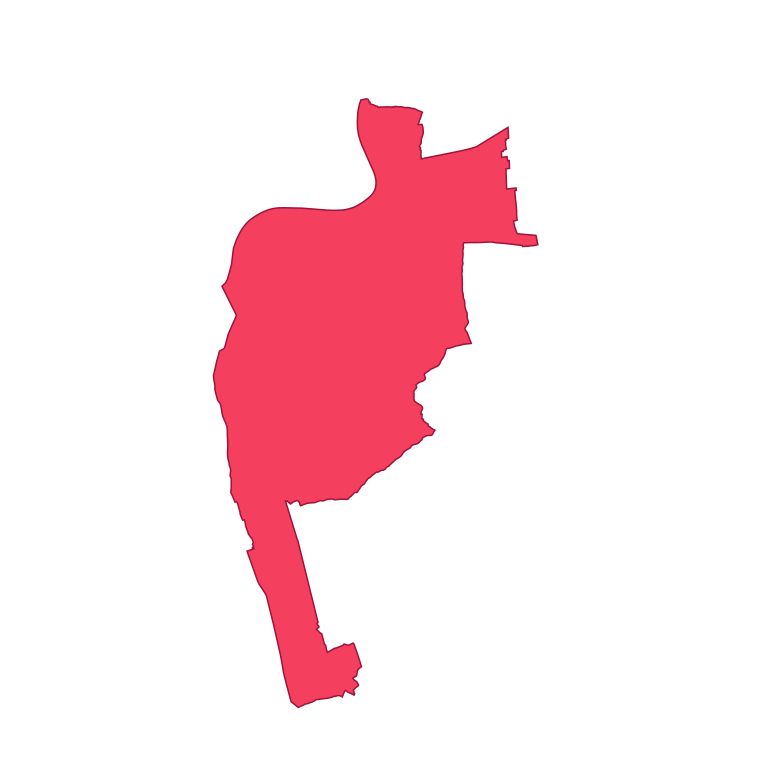 Mueang Samut Prakan, Samut Prakan, Thailand, rotated 63°
{"feature_id": "78962969B45511956766283", "entity_name": "Mueang Samut Prakan", "entity_type": "district", "adm_level": 2, "iso_a3": "THA", "parent_name": "Thailand", "parent_adm1": "Samut Prakan", "projection": "natural_earth1", "projection_center": [100.67, 13.577], "detail": "fine", "context": "isolated", "style": "filled", "palette": "rose", "viewbox_px": 768, "rotation_deg": 63, "n_neighbors": 0, "source": "geoboundaries", "source_scale": "gbopen_adm2", "svg_char_len": 6134}
<svg xmlns="http://www.w3.org/2000/svg" viewBox="0 0 768 768"><g transform="rotate(63 384 384)"><path d="M600.8,529.1L600.7,534.4L598.2,536.9L597.6,537.7L598.2,539.6L597.5,546.5L597.0,548.2L597.5,556.2L594.1,555.8L590.5,554.6L588.6,555.1L587.8,555.0L578.4,552.9L577.9,553.0L576.8,553.9L571.9,555.6L571.0,552.2L570.5,552.0L567.1,552.8L566.9,552.5L566.8,551.3L566.5,551.0L484.1,531.8L483.3,531.9L443.5,524.9L443.7,524.0L444.9,523.2L445.9,522.7L446.5,522.7L447.0,522.1L447.8,522.1L448.4,521.9L448.4,521.0L447.9,518.5L447.9,517.7L448.2,514.9L448.9,513.9L449.6,513.5L450.7,513.2L452.1,513.3L453.8,513.7L454.4,513.7L454.7,513.5L454.8,511.1L455.5,506.2L458.3,499.4L458.8,494.2L460.7,490.9L460.8,488.8L461.3,486.1L462.8,482.5L464.9,480.4L466.0,477.3L467.8,473.2L470.0,469.4L470.3,468.5L470.1,467.7L469.3,466.4L469.0,463.9L468.5,462.7L467.4,459.6L467.5,458.9L468.3,457.6L468.3,457.0L465.4,451.7L464.7,450.7L464.2,448.9L464.2,447.0L462.5,444.3L460.8,440.5L461.1,439.0L460.2,436.5L459.2,431.4L459.3,430.3L459.9,429.0L459.7,425.9L460.6,423.3L460.4,422.5L460.4,421.4L459.4,419.8L459.3,418.2L459.4,416.6L458.8,415.7L457.1,409.4L456.4,407.2L456.6,406.1L456.3,405.2L456.5,404.2L455.9,401.6L455.4,400.4L454.0,398.2L453.3,396.0L453.0,393.7L452.8,389.6L452.4,388.7L451.6,387.7L451.4,387.0L451.5,385.3L452.2,382.4L452.3,380.1L451.3,377.8L451.1,375.9L450.6,375.2L449.6,374.3L449.5,373.9L449.3,370.0L449.8,368.1L451.0,365.8L451.2,364.9L451.1,364.1L450.6,363.2L449.5,361.8L448.3,359.6L448.0,359.6L446.4,361.0L444.6,362.0L443.2,362.4L441.5,363.6L440.9,363.5L439.8,362.9L439.1,363.5L438.5,363.6L437.6,364.5L436.2,364.7L435.0,365.6L434.7,365.6L433.3,364.9L432.2,365.9L429.7,364.8L428.6,363.8L428.1,363.9L427.5,364.8L427.2,364.8L426.5,364.0L425.4,363.5L424.6,362.2L423.9,361.5L423.6,360.9L422.3,360.3L420.0,360.7L416.5,362.9L413.7,364.3L412.7,364.5L410.2,363.9L409.2,363.1L408.1,362.7L406.9,361.9L404.3,361.0L403.3,359.6L402.2,356.6L399.2,355.8L398.5,352.3L398.5,350.5L399.1,348.6L398.5,345.2L398.0,344.7L396.8,344.3L393.9,343.8L393.5,343.5L393.2,342.9L392.6,338.0L392.0,335.8L392.3,333.6L392.2,331.2L392.4,328.8L392.1,327.0L391.4,325.4L390.8,324.5L389.3,322.9L387.3,319.2L386.4,318.0L384.6,315.8L381.5,313.1L380.9,312.2L381.0,311.4L381.9,309.3L382.8,302.7L383.7,299.8L384.7,295.1L387.5,287.8L376.1,286.6L374.8,286.6L372.8,287.0L371.7,286.9L371.0,286.5L370.6,285.9L368.0,281.5L366.9,280.6L363.0,279.9L358.4,277.7L354.9,277.5L351.7,276.8L346.6,274.5L343.1,274.1L339.7,272.6L337.4,272.2L335.2,271.3L329.7,268.4L323.5,265.5L321.4,264.8L318.3,262.6L315.2,261.5L314.6,261.1L313.6,259.8L312.6,259.0L309.6,258.0L304.6,254.8L300.6,253.0L298.0,250.9L295.9,250.4L294.4,248.7L297.0,243.3L302.0,233.3L303.9,228.8L306.1,224.0L309.0,220.1L313.6,212.6L323.3,198.0L324.5,198.0L326.0,194.3L326.6,193.2L328.3,188.3L328.5,188.3L329.7,183.7L320.6,181.1L310.6,197.1L303.1,196.2L297.6,194.6L298.5,191.1L293.2,188.9L289.7,187.1L282.1,184.0L279.1,183.0L276.2,181.7L273.7,180.9L271.1,179.6L271.5,178.2L269.3,177.3L266.0,186.2L247.7,177.7L248.9,174.3L241.8,171.0L241.3,172.5L237.2,171.2L235.6,176.2L232.3,174.8L230.3,173.9L230.9,172.2L230.0,171.9L229.8,171.6L230.3,169.1L230.3,168.4L226.4,167.2L224.3,166.1L221.8,165.2L222.1,164.3L221.1,164.0L221.6,161.4L211.6,157.0L214.6,193.9L213.4,200.6L211.0,210.4L200.3,248.6L196.8,247.2L192.6,244.9L191.5,245.3L190.6,244.4L189.9,244.2L188.4,244.7L186.2,241.5L183.3,239.9L182.1,238.9L179.9,236.5L177.8,234.8L177.3,234.6L172.9,232.8L170.0,232.3L168.3,235.7L165.2,232.7L163.2,230.3L160.9,228.3L159.4,226.4L158.8,226.7L155.8,229.5L153.5,231.0L151.5,233.2L151.4,233.7L149.5,235.7L147.9,238.2L147.8,239.0L145.4,242.1L144.3,243.7L143.6,245.3L142.8,246.4L142.4,246.7L142.3,247.5L141.9,247.7L141.8,248.4L141.3,249.1L141.6,249.9L141.2,250.3L141.2,250.8L140.7,251.0L140.6,251.6L140.1,252.6L138.6,255.0L137.8,257.0L137.1,258.2L136.3,260.3L135.8,260.7L135.3,262.1L135.3,262.8L134.7,263.8L133.9,263.6L133.5,263.8L132.9,264.8L130.0,267.1L129.0,268.3L127.8,269.2L126.8,268.5L126.5,268.6L125.9,269.3L124.5,268.9L123.5,268.9L122.7,269.3L121.9,270.4L120.4,275.6L123.5,278.8L128.1,282.6L131.6,284.9L137.8,288.5L144.1,291.5L150.4,293.5L154.5,294.4L160.6,295.3L189.3,296.8L194.2,297.4L198.9,298.7L202.3,300.4L205.4,302.6L206.8,304.0L208.0,305.6L209.6,308.3L210.6,311.3L211.8,316.6L212.5,320.9L212.9,326.7L212.9,330.1L212.4,333.5L211.7,336.9L210.8,340.3L210.0,342.4L206.6,349.7L203.1,356.0L190.1,377.2L181.4,393.4L179.4,397.5L178.2,400.5L177.0,404.6L176.3,407.7L175.8,413.0L175.7,417.3L176.1,422.8L176.7,427.3L177.4,430.6L178.8,434.6L180.6,438.5L183.2,443.0L188.3,449.8L194.8,456.6L208.4,465.7L219.6,475.9L222.0,479.4L223.3,484.0L255.9,484.3L268.9,500.2L278.7,509.0L279.6,510.2L279.9,511.1L279.9,514.7L280.0,515.6L280.3,516.0L282.9,518.2L287.6,522.6L299.1,532.1L302.4,533.4L309.2,535.6L311.9,537.1L314.9,537.9L322.4,539.5L323.6,539.5L326.7,538.9L327.5,538.9L331.2,539.8L337.5,541.9L339.7,542.3L343.8,542.7L346.9,542.7L350.6,543.3L353.3,544.3L359.7,547.4L368.0,551.1L374.8,555.0L377.4,556.1L379.6,556.9L384.0,557.9L386.7,558.9L389.5,559.1L391.8,560.1L395.5,562.6L396.7,563.0L398.0,562.9L400.0,563.6L406.7,567.0L411.2,569.8L413.9,569.8L421.6,570.4L422.0,568.8L422.5,568.5L432.7,570.4L434.6,571.2L439.1,571.7L441.1,571.8L441.6,570.2L444.6,570.6L447.2,571.6L456.5,572.9L460.7,572.3L460.8,572.0L461.6,571.8L466.0,572.3L466.8,573.8L467.4,574.1L468.7,573.7L469.4,574.0L470.0,575.6L470.8,575.7L471.0,574.6L471.8,574.8L470.7,581.9L502.5,586.1L505.8,586.2L513.4,585.2L519.2,584.9L547.2,591.4L577.3,599.0L587.4,601.9L595.4,604.5L605.6,606.9L624.8,611.0L633.3,607.2L633.5,599.3L634.2,596.8L634.4,594.2L634.8,592.5L634.6,591.8L634.7,590.1L634.6,587.4L638.8,575.5L639.1,573.8L639.5,572.9L639.5,570.2L640.4,568.8L640.4,567.2L641.4,565.2L642.1,564.6L642.8,563.7L643.9,563.2L639.5,558.1L639.4,557.8L640.3,556.9L642.5,556.0L644.6,554.0L647.5,552.1L647.6,551.8L646.8,550.8L645.5,551.0L644.7,550.5L643.4,550.5L642.9,550.2L641.9,547.7L641.2,543.8L640.8,543.4L637.0,543.4L633.4,545.3L632.8,545.4L632.1,545.3L631.6,544.2L631.8,542.3L631.7,541.3L631.2,540.7L626.9,537.4L626.0,534.8L625.7,532.4L615.7,530.7L602.1,528.8L600.8,529.1Z" fill="#f43f5e" stroke="#9f1239" stroke-width="1.5"/></g></svg>